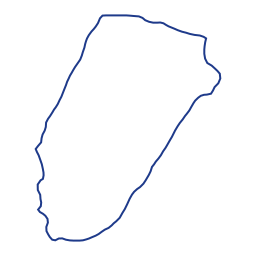 outline of Nyali, Coast, Kenya
{"feature_id": "3690345B58494489025359", "entity_name": "Nyali", "entity_type": "district", "adm_level": 2, "iso_a3": "KEN", "parent_name": "Kenya", "parent_adm1": "Coast", "projection": "albers", "projection_center": [39.702, -4.031], "detail": "fine", "context": "isolated", "style": "outline", "palette": "blue", "viewbox_px": 256, "rotation_deg": 0, "n_neighbors": 0, "source": "geoboundaries", "source_scale": "gbopen_adm2", "svg_char_len": 2015}
<svg xmlns="http://www.w3.org/2000/svg" viewBox="0 0 256 256"><path d="M40.6,180.3L37.7,184.5L37.8,190.0L40.2,194.8L40.5,199.1L41.2,202.5L40.8,206.2L38.1,209.6L39.9,212.0L43.0,213.8L45.4,215.8L47.5,218.9L47.9,222.6L46.3,227.0L46.5,231.1L48.1,234.2L49.8,237.0L52.2,239.7L55.3,240.3L58.8,238.5L62.3,238.4L65.9,239.7L69.9,240.4L73.6,240.6L76.4,240.6L79.5,240.6L83.0,240.3L86.3,239.4L89.0,238.5L92.2,237.1L95.6,235.7L98.7,234.0L101.8,231.7L104.9,229.6L108.6,227.9L111.7,225.4L113.7,223.3L116.2,221.3L119.7,217.8L122.5,212.8L124.8,209.1L127.2,204.2L129.7,198.7L132.0,194.6L134.1,191.8L137.2,189.0L140.0,187.1L143.4,183.7L145.6,180.4L147.2,177.7L148.9,174.8L150.6,171.3L152.0,166.9L154.0,164.4L155.8,161.6L158.3,158.7L160.9,155.2L163.1,151.3L165.5,147.9L167.2,145.0L168.9,142.0L170.4,139.4L171.9,136.9L173.5,133.7L175.1,130.5L177.6,126.3L179.8,123.0L182.7,119.4L185.0,116.0L186.8,113.8L189.3,110.5L191.3,106.9L193.5,103.1L195.2,100.6L198.2,97.7L200.8,95.8L204.0,94.8L206.9,94.6L211.0,93.7L213.0,90.5L214.6,87.1L218.3,83.3L220.3,78.5L219.8,73.7L217.5,71.0L215.0,68.6L211.7,65.6L207.3,63.0L205.1,58.6L204.3,53.8L204.3,49.5L204.6,46.2L205.2,42.2L206.1,38.4L203.6,36.8L199.8,35.5L194.5,34.9L189.8,33.9L186.0,32.7L182.0,31.7L177.8,30.2L174.4,28.7L171.7,27.6L168.5,26.3L166.0,24.9L163.5,23.3L160.3,22.5L156.5,22.7L153.3,22.7L149.1,21.8L145.2,20.2L142.5,17.9L138.9,16.4L133.8,16.0L129.4,15.6L126.3,15.4L122.3,15.4L117.6,15.4L113.9,15.4L110.2,15.4L106.0,15.4L102.5,15.6L100.0,18.3L98.0,23.1L95.7,26.6L93.8,29.0L91.5,31.5L88.8,35.2L87.0,38.5L86.0,41.2L85.2,43.9L84.4,47.6L82.8,52.2L81.8,55.6L80.2,59.6L77.3,63.8L75.0,67.1L73.2,70.1L71.8,72.6L70.0,75.6L68.5,78.9L67.1,81.8L66.0,85.1L64.5,88.8L62.8,93.1L61.4,96.7L59.7,99.9L57.8,104.0L55.8,107.2L54.0,109.6L52.5,112.2L50.1,116.0L48.1,118.7L46.1,122.5L45.8,127.0L44.7,130.6L42.6,134.5L41.6,138.2L41.1,142.4L38.1,145.9L35.7,149.0L36.9,151.9L38.7,155.4L40.2,159.6L41.8,164.2L42.8,168.7L43.5,172.5L43.6,175.4L42.9,178.9L40.6,180.3Z" fill="none" stroke="#1e3a8a" stroke-width="2"/></svg>